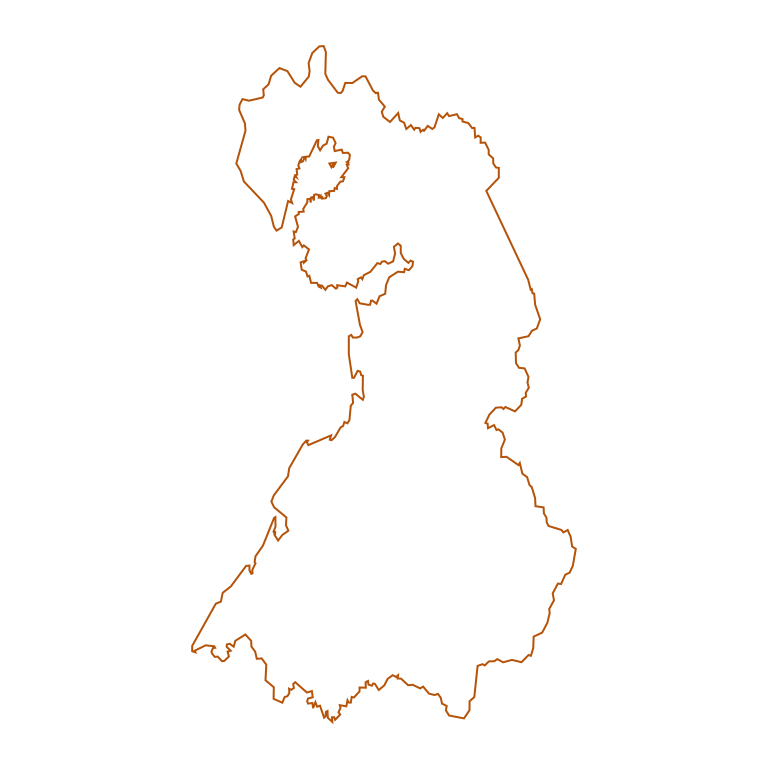 outline of Buenaventura, Valle del Cauca, Colombia
{"feature_id": "7082276B82326475607220", "entity_name": "Buenaventura", "entity_type": "district", "adm_level": 2, "iso_a3": "COL", "parent_name": "Colombia", "parent_adm1": "Valle del Cauca", "projection": "equal_earth", "projection_center": [-77.114, 3.671], "detail": "fine", "context": "isolated", "style": "outline", "palette": "amber", "viewbox_px": 768, "rotation_deg": 0, "n_neighbors": 0, "source": "geoboundaries", "source_scale": "gbopen_adm2", "svg_char_len": 6098}
<svg xmlns="http://www.w3.org/2000/svg" viewBox="0 0 768 768"><path d="M533.2,648.3L533.7,636.6L542.2,632.6L547.4,622.7L549.7,613.0L549.2,609.0L554.0,600.3L552.7,593.4L557.9,583.6L561.1,584.0L565.3,574.7L569.6,572.7L572.8,565.9L575.8,548.9L572.1,546.5L570.7,536.9L567.7,530.0L563.4,532.4L561.3,529.9L548.6,526.0L546.7,522.4L546.5,517.7L543.9,513.4L543.6,507.4L535.5,506.2L535.1,498.2L531.8,487.2L529.5,485.0L527.1,477.1L522.4,473.7L519.8,463.0L518.5,465.1L506.5,456.8L501.2,457.1L501.3,448.4L504.9,439.6L502.6,432.6L498.4,429.3L496.5,430.0L494.1,425.1L488.0,428.2L487.6,423.7L485.4,422.9L489.4,414.6L495.9,407.7L501.6,407.3L503.4,409.0L505.4,407.0L515.0,411.4L521.3,404.8L522.1,398.8L526.1,396.4L525.7,392.8L528.8,387.8L527.5,382.4L528.5,376.9L524.6,368.4L519.0,367.8L516.0,363.2L515.7,352.5L518.3,350.2L519.9,345.6L518.4,338.4L528.5,336.2L532.0,330.7L536.8,328.5L540.2,319.3L535.1,304.6L534.2,293.6L532.5,293.3L531.8,289.1L530.7,289.7L528.2,279.8L486.3,190.9L498.8,177.8L498.8,167.9L496.0,167.5L493.3,163.5L493.1,158.3L488.7,154.4L488.7,149.8L485.1,142.6L480.6,142.8L480.7,137.4L478.2,135.7L475.2,137.5L474.5,127.9L472.2,128.1L468.2,123.0L462.5,121.5L462.5,119.0L459.2,118.2L456.9,114.2L449.1,116.1L447.2,113.2L442.8,118.0L438.8,114.3L434.5,127.3L432.3,129.0L427.7,125.9L424.0,130.8L423.1,129.8L420.6,131.8L419.5,128.2L415.5,127.8L414.2,129.7L410.9,125.1L406.3,129.0L404.1,122.7L399.8,120.4L398.2,113.0L390.0,122.0L383.2,116.7L381.8,111.7L384.8,106.6L378.9,99.6L378.0,92.7L375.8,93.2L373.0,90.6L365.5,76.3L362.1,76.3L352.4,83.0L345.3,82.9L342.6,91.0L340.8,93.0L337.8,92.8L328.0,79.8L325.3,73.9L325.9,52.1L323.7,46.1L319.3,46.4L312.3,53.0L308.6,63.1L309.6,70.9L308.8,76.6L300.5,86.7L294.7,82.8L287.4,71.1L279.4,68.1L271.1,75.8L268.6,84.3L263.2,89.3L263.8,95.4L262.7,97.5L249.0,100.7L242.5,99.1L239.6,104.6L239.1,109.9L244.9,123.3L245.5,130.7L236.3,163.5L240.6,170.9L243.9,181.5L263.9,202.6L271.2,215.9L273.8,226.5L276.5,230.6L281.7,227.5L288.1,201.0L292.1,203.0L290.9,199.4L294.2,189.2L292.0,188.8L293.5,182.2L296.0,182.2L293.7,179.8L294.7,176.2L296.4,177.3L295.3,175.2L297.2,174.6L296.6,169.1L299.4,168.4L298.3,165.5L299.7,161.2L301.0,159.4L300.9,162.1L302.9,161.4L304.0,158.7L303.0,157.2L304.7,156.9L305.6,159.0L305.9,156.7L309.2,156.5L316.9,140.3L318.4,140.0L317.8,146.1L320.1,150.3L322.9,145.7L326.6,143.7L328.5,136.7L333.1,137.7L335.6,143.1L333.9,146.7L334.7,151.1L341.7,149.6L342.9,153.0L348.0,152.7L349.9,154.9L349.2,159.8L347.3,161.9L349.2,162.9L347.1,162.7L348.4,164.5L346.8,164.8L348.2,168.2L341.3,177.2L344.4,177.2L343.0,181.3L340.3,181.7L336.9,186.2L337.0,188.9L334.7,188.1L334.1,190.9L329.3,191.2L329.1,195.2L327.5,192.8L325.4,193.6L326.9,196.1L325.8,198.2L322.1,198.6L322.1,197.1L320.5,197.7L320.6,195.7L318.8,197.2L318.9,195.0L315.8,194.3L314.1,194.9L313.9,200.5L312.6,197.1L310.9,197.6L310.7,202.6L310.1,199.0L307.4,199.1L307.3,202.4L303.2,209.0L303.7,211.6L298.7,212.0L298.8,214.0L295.1,216.4L298.0,226.9L295.9,232.1L293.7,231.5L294.7,238.5L293.2,239.5L293.7,245.1L298.9,240.9L302.3,247.1L303.8,245.4L309.0,249.4L305.6,258.2L306.5,260.3L304.1,262.5L304.2,261.1L300.6,262.4L301.7,269.7L306.0,271.6L307.5,276.4L309.3,275.8L311.1,282.9L317.1,282.9L318.6,286.5L320.7,287.6L319.9,285.3L322.0,285.7L325.4,289.8L327.8,286.4L331.7,285.1L335.9,288.6L337.3,287.7L337.2,285.2L345.2,286.4L347.0,282.6L356.2,287.6L358.2,281.6L357.7,279.1L361.0,277.4L362.3,279.2L363.8,275.2L370.4,271.8L377.4,263.1L380.3,264.0L382.0,261.6L384.8,261.2L388.2,263.7L393.1,261.4L395.1,253.5L393.9,246.8L397.9,243.5L400.7,245.7L400.8,253.2L403.8,258.9L408.4,262.9L410.5,260.7L413.0,261.7L412.5,266.0L408.9,270.2L404.8,268.8L404.1,272.2L397.9,271.7L389.2,277.3L386.0,285.3L385.2,293.8L379.6,296.2L376.5,303.7L372.5,300.6L371.0,300.7L370.1,304.7L368.0,304.8L359.7,303.3L357.3,299.2L355.6,301.0L359.9,324.7L362.6,332.1L360.3,336.3L357.1,337.5L352.8,337.5L351.3,334.9L348.8,336.3L348.8,354.1L352.3,377.8L354.0,377.8L357.6,370.9L360.2,371.6L361.2,375.1L362.9,375.8L362.7,390.1L363.9,396.8L362.8,399.8L355.4,393.7L352.3,394.7L353.1,402.9L350.8,405.7L349.4,420.2L347.4,423.3L344.4,422.0L343.1,426.0L340.6,427.4L334.9,437.2L331.5,440.2L329.8,439.7L331.1,435.4L308.4,445.1L306.8,442.2L307.9,440.7L306.3,440.6L302.7,444.6L289.2,468.2L288.0,476.3L273.8,495.4L271.4,501.6L274.2,507.4L286.4,517.4L286.0,525.4L288.4,530.7L282.3,535.0L278.1,540.5L274.5,534.8L275.1,534.1L275.2,530.9L274.7,533.7L273.5,531.7L275.5,526.7L275.4,517.1L274.1,517.9L263.0,545.5L255.5,556.3L254.6,562.0L255.5,563.3L252.3,569.9L252.5,573.3L251.3,573.8L249.4,570.1L249.5,565.6L246.1,565.9L230.8,586.5L222.7,592.8L220.9,601.6L215.8,603.7L192.2,645.9L192.2,651.2L195.4,652.3L194.8,650.7L205.7,645.3L214.3,646.3L215.1,647.8L213.0,648.1L211.4,651.6L212.0,653.4L214.8,656.9L217.7,656.6L222.0,661.2L224.3,660.9L228.9,656.5L227.6,651.6L230.7,650.7L226.7,646.9L226.8,644.5L229.7,643.8L233.7,646.7L235.3,640.8L245.4,634.5L251.2,640.9L251.4,646.5L255.2,651.7L256.8,658.8L261.7,658.4L266.3,664.7L265.5,680.3L273.8,687.2L273.6,698.8L282.3,702.7L284.7,697.0L287.4,696.2L289.3,693.2L289.1,688.7L291.3,689.8L293.9,688.0L293.2,684.0L295.2,682.2L306.9,692.5L311.9,691.1L312.7,697.3L308.0,698.5L307.1,701.3L308.1,703.6L312.4,703.0L313.1,708.2L315.4,702.2L317.1,706.7L320.0,705.7L324.1,717.7L325.5,716.5L326.0,711.8L327.5,711.0L327.8,717.8L332.3,721.9L332.0,717.3L334.1,717.2L335.1,719.8L340.2,714.5L338.5,712.3L340.5,708.0L339.8,705.2L346.3,706.3L347.5,700.3L348.7,702.5L350.8,702.6L351.7,696.9L353.9,697.5L359.5,691.5L359.6,687.5L365.8,687.7L365.6,682.2L368.0,681.0L368.5,684.6L371.9,685.7L373.1,683.5L374.8,683.8L378.8,690.0L384.3,685.4L387.6,678.9L392.7,675.2L396.1,677.0L398.0,675.3L397.7,678.5L401.0,678.6L408.1,685.2L412.7,684.8L420.2,688.4L423.1,686.6L429.1,693.7L434.6,695.0L438.0,693.9L440.8,697.9L442.0,703.6L446.7,706.0L445.9,710.4L449.1,715.5L464.0,718.4L469.5,710.2L469.6,701.2L474.3,697.1L477.6,665.9L482.5,664.2L484.8,665.4L488.9,661.4L494.4,661.2L497.3,659.1L503.1,662.3L512.0,659.9L521.5,662.2L528.6,655.0L530.9,655.8L533.2,648.3ZM335.7,162.6L329.4,163.5L331.4,167.2L333.2,164.2L333.0,167.7L335.7,162.6Z" fill="none" stroke="#b45309" stroke-width="2"/></svg>